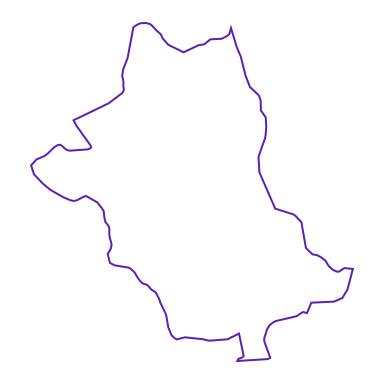 the District of Shemgang
{"feature_id": "BTN-2485", "entity_name": "Shemgang", "entity_type": "District", "adm_level": 1, "iso_a3": "BTN", "parent_name": "Bhutan", "parent_adm1": "", "projection": "robinson", "projection_center": [90.837, 27.078], "detail": "fine", "context": "isolated", "style": "outline", "palette": "violet", "viewbox_px": 384, "rotation_deg": 0, "n_neighbors": 0, "source": "natural_earth", "source_scale": "10m", "svg_char_len": 2002}
<svg xmlns="http://www.w3.org/2000/svg" viewBox="0 0 384 384"><path d="M270.2,357.9L267.6,359.1L237.3,361.0L237.4,360.8L238.3,358.9L241.2,357.9L242.5,357.2L243.7,356.0L239.0,333.6L230.8,337.6L229.0,338.7L227.4,339.3L209.7,340.7L207.2,340.3L202.7,339.2L184.9,337.3L176.8,339.4L174.1,337.9L171.4,334.9L168.3,327.5L166.3,315.7L165.3,312.8L160.3,302.6L159.2,299.0L155.6,292.3L151.1,289.4L148.5,286.1L146.5,284.6L143.7,283.9L141.6,282.7L138.5,278.9L134.5,272.3L131.3,269.3L128.9,267.7L114.4,265.3L109.9,262.8L107.7,253.9L110.6,249.2L111.6,244.9L111.1,242.3L109.8,237.8L109.3,234.4L109.3,228.5L108.3,225.5L105.4,222.0L104.3,217.1L103.7,211.1L101.4,207.6L97.1,202.2L85.8,195.9L81.7,197.7L77.7,199.9L75.2,200.8L72.7,200.8L70.0,200.1L63.0,197.1L50.6,190.0L42.7,183.5L34.0,174.3L31.1,165.4L36.4,159.5L44.3,156.1L47.8,153.5L54.1,147.3L57.5,145.2L60.2,144.7L62.5,146.3L64.6,148.4L66.8,149.9L69.7,150.7L87.5,149.4L90.3,148.4L91.2,147.1L90.5,145.4L76.9,126.4L73.5,120.3L108.8,103.2L122.5,92.8L123.8,90.1L123.7,88.2L123.4,86.7L123.3,85.2L123.4,83.7L123.4,81.9L123.2,79.9L122.2,76.0L123.1,69.7L127.6,57.9L131.1,39.4L133.4,27.3L136.0,25.4L139.3,23.6L142.4,23.1L145.1,23.0L147.4,23.3L150.2,24.1L152.2,25.8L156.3,30.3L160.4,33.9L161.6,35.8L162.6,38.3L168.3,44.8L183.6,52.3L198.6,45.2L204.2,44.3L210.5,39.3L221.4,38.8L225.1,37.1L228.2,35.2L229.5,33.7L231.0,28.1L236.9,47.5L240.8,56.6L245.4,75.2L250.1,87.4L251.7,88.5L258.8,95.4L260.1,98.6L260.7,101.0L260.9,110.5L265.7,117.3L266.3,126.3L265.6,135.4L264.9,138.9L261.8,147.2L258.5,157.2L259.4,172.3L275.2,208.6L293.4,214.4L295.6,216.0L301.4,222.2L305.9,247.8L308.7,250.8L312.7,254.4L316.9,255.1L320.5,256.9L325.3,260.5L328.7,266.0L332.4,269.5L336.4,271.5L338.8,271.7L344.3,268.1L352.9,268.9L347.5,289.4L342.4,298.0L334.1,301.6L311.3,302.7L307.0,313.1L305.6,312.8L303.7,312.1L302.6,312.2L296.6,316.2L275.5,321.1L272.6,322.8L269.2,325.7L266.8,329.8L266.0,333.1L264.6,336.9L264.2,339.0L264.3,341.4L270.2,357.7L270.2,357.9Z" fill="none" stroke="#5b21b6" stroke-width="2"/></svg>